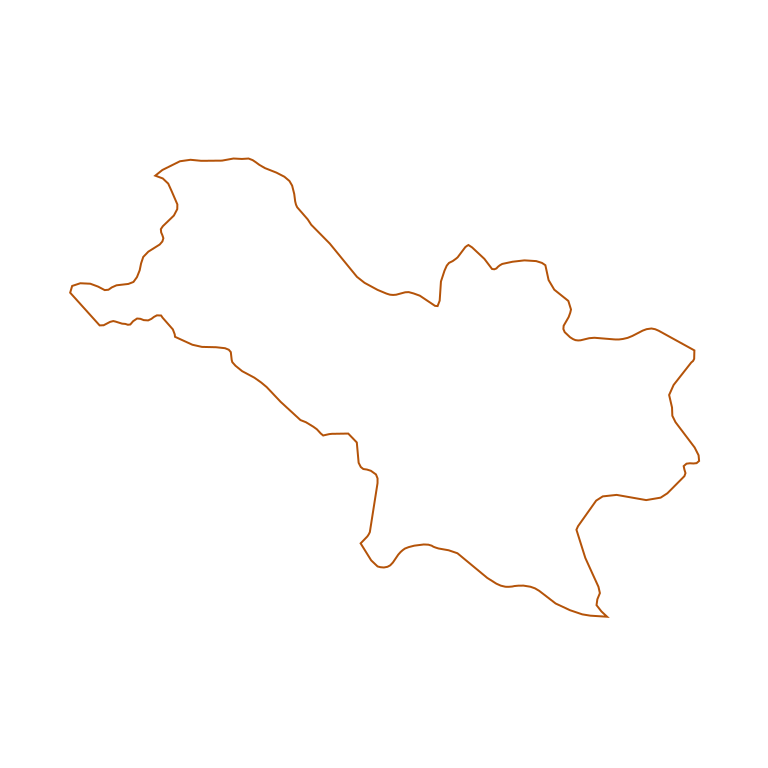 Janakpur, Robinson projection, rotated 275°
{"feature_id": "NPL-1131", "entity_name": "Janakpur", "entity_type": "Administrative Zone", "adm_level": 1, "iso_a3": "NPL", "parent_name": "Nepal", "parent_adm1": "", "projection": "robinson", "projection_center": [86.017, 27.361], "detail": "fine", "context": "isolated", "style": "outline", "palette": "amber", "viewbox_px": 768, "rotation_deg": 275, "n_neighbors": 0, "source": "natural_earth", "source_scale": "10m", "svg_char_len": 3193}
<svg xmlns="http://www.w3.org/2000/svg" viewBox="0 0 768 768"><g transform="rotate(275 384 384)"><path d="M447.6,63.4L454.5,64.8L457.9,72.7L458.3,82.7L456.1,90.7L453.2,97.6L453.9,101.3L456.5,104.4L459.0,108.9L461.4,120.6L463.8,125.5L468.8,128.5L469.0,128.6L476.0,130.7L483.0,131.5L489.6,133.1L495.3,137.7L503.4,148.4L506.7,150.8L510.0,151.5L512.8,150.3L515.6,148.8L518.8,148.2L521.9,149.9L533.5,160.0L540.2,162.8L544.9,162.5L557.5,155.7L564.8,151.6L569.5,145.7L571.6,138.0L577.9,144.6L588.1,161.3L590.5,171.7L590.4,182.6L592.4,203.1L595.5,214.4L595.8,222.8L596.8,229.4L595.6,233.6L593.9,236.7L591.4,240.8L588.7,246.6L585.2,258.4L581.8,266.7L578.0,272.1L573.6,275.2L565.5,278.0L558.2,279.6L555.0,280.7L552.5,282.1L541.3,293.7L536.3,297.6L519.1,317.8L488.4,347.7L483.1,355.8L477.2,369.4L474.3,378.5L473.5,382.1L473.5,385.3L474.0,388.3L477.2,397.1L477.7,400.6L476.8,405.6L475.1,412.0L466.3,428.0L466.3,430.6L471.9,432.2L491.1,431.8L502.2,434.4L507.4,436.2L510.3,438.2L512.5,441.8L515.1,444.8L516.6,446.3L527.5,453.1L528.9,454.7L529.8,456.0L527.8,459.8L517.4,473.1L508.0,481.6L507.9,483.9L508.9,485.9L510.7,487.3L512.3,489.0L513.9,491.3L517.0,501.4L519.4,513.1L519.7,524.9L518.4,530.8L516.4,534.4L501.9,538.9L492.8,545.4L482.8,560.4L474.5,563.8L471.2,563.3L466.7,562.1L457.7,557.9L454.4,557.9L451.4,559.5L446.8,565.3L445.2,568.4L444.4,570.9L444.3,573.6L444.7,576.1L447.5,584.4L448.4,589.6L448.5,609.8L448.8,614.0L449.7,618.1L451.2,622.7L453.5,627.2L459.7,637.0L461.5,640.8L462.6,645.6L462.2,649.4L461.0,653.0L445.0,689.2L444.5,690.3L443.9,690.3L436.1,690.8L433.9,689.9L432.2,688.2L408.3,672.6L397.9,669.0L385.6,673.0L377.5,674.0L371.4,677.7L347.8,699.0L340.4,703.6L334.8,704.6L332.4,702.3L331.8,699.2L331.7,695.7L331.0,692.3L328.3,689.7L325.0,690.7L321.5,692.1L318.4,691.3L299.8,675.8L294.9,669.5L291.2,655.3L293.8,625.4L291.1,611.7L286.3,605.5L259.3,589.7L255.6,588.4L228.3,599.7L213.2,608.2L200.7,615.3L194.5,617.3L188.1,615.3L182.2,615.0L176.4,620.4L171.6,626.5L171.6,626.3L171.2,609.8L171.8,601.6L174.9,588.9L180.3,574.1L191.5,556.6L193.6,552.2L194.8,547.5L195.3,540.5L194.8,535.4L194.1,531.6L193.4,529.3L192.8,525.7L192.6,522.6L193.3,517.9L194.9,513.3L199.8,503.8L221.8,471.9L224.0,462.9L224.9,452.6L225.6,449.5L226.2,447.4L227.1,445.6L227.8,442.2L227.6,437.6L225.6,428.3L223.7,422.9L221.9,419.2L220.1,417.1L218.1,415.2L215.3,413.1L206.9,408.4L203.9,406.0L202.2,403.4L201.2,399.9L201.2,396.3L201.7,393.5L207.2,386.6L223.2,374.6L230.7,380.7L232.9,381.9L235.2,382.8L284.7,386.2L289.4,385.8L293.2,383.9L296.4,378.5L297.3,374.4L297.5,370.8L299.3,368.1L303.3,365.6L323.4,362.0L331.5,352.7L329.8,336.3L329.3,333.8L327.5,328.1L327.4,327.9L329.2,325.3L333.1,321.0L335.3,317.3L339.1,309.6L340.8,303.9L357.2,282.6L370.7,267.4L374.8,261.5L379.0,254.3L384.4,241.6L389.2,234.5L392.5,231.0L394.6,230.2L402.4,228.6L404.6,226.4L405.8,222.5L406.0,213.7L405.1,199.4L406.4,189.7L412.8,171.7L415.2,171.2L420.0,168.9L430.8,157.6L432.8,156.0L432.6,151.8L430.8,149.0L428.6,146.6L426.8,143.5L426.7,139.1L427.7,135.6L427.7,132.3L424.7,128.6L421.2,126.1L420.7,123.7L421.3,121.1L421.3,117.8L422.8,111.0L423.1,108.8L422.0,105.7L418.1,99.6L417.6,95.6L447.6,63.4Z" fill="none" stroke="#b45309" stroke-width="2"/></g></svg>